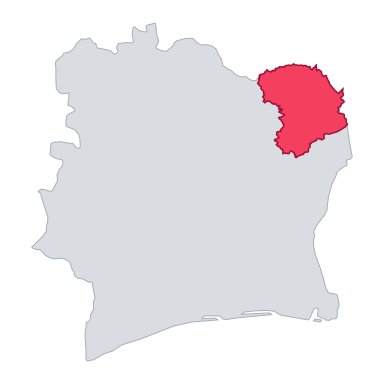 Bounkani, Zanzan, Ivory Coast (highlighted)
{"feature_id": "98640826B90856530326373", "entity_name": "Bounkani", "entity_type": "district", "adm_level": 2, "iso_a3": "CIV", "parent_name": "Ivory Coast", "parent_adm1": "Zanzan", "projection": "mercator", "projection_center": [-3.483, 9.078], "detail": "fine", "context": "in_parent", "style": "filled", "palette": "rose", "viewbox_px": 384, "rotation_deg": 0, "n_neighbors": 0, "source": "geoboundaries", "source_scale": "gbopen_adm2", "svg_char_len": 9170}
<svg xmlns="http://www.w3.org/2000/svg" viewBox="0 0 384 384"><path d="M64.0,53.0L65.6,53.0L69.6,51.8L73.3,49.1L76.7,43.4L81.3,38.9L86.5,39.2L88.1,38.4L89.9,38.2L92.1,41.2L94.3,43.5L95.8,43.6L97.0,47.9L106.5,49.7L110.6,50.9L114.0,54.0L115.2,54.1L116.6,53.4L117.7,52.3L118.0,51.1L116.5,48.3L117.1,45.7L118.7,43.4L121.1,43.3L124.8,42.7L129.0,42.6L132.2,43.1L133.4,40.8L132.2,34.4L132.6,30.8L133.1,27.9L134.2,26.7L138.9,30.4L143.2,31.7L146.3,31.9L147.2,31.2L145.9,27.1L146.2,25.8L147.4,25.1L149.4,24.7L154.9,23.0L155.5,23.4L156.5,29.8L156.0,31.9L157.2,36.3L158.6,40.3L158.5,42.0L157.3,44.5L155.9,46.8L156.1,47.8L158.3,49.3L162.4,50.9L166.8,51.3L169.2,49.0L171.7,47.0L173.5,45.3L174.1,42.8L176.8,40.9L184.7,38.6L191.9,38.2L193.6,39.0L196.9,42.5L201.1,45.0L207.4,44.7L211.9,46.1L215.9,48.8L218.6,54.9L221.5,59.2L222.7,65.4L227.3,68.7L230.9,70.2L235.8,74.7L240.8,77.0L246.0,76.5L248.5,78.8L252.3,80.5L256.2,80.6L259.6,75.4L264.2,73.4L275.6,69.2L280.1,67.3L284.7,66.1L295.7,65.8L305.9,67.0L311.0,68.0L314.5,67.3L317.8,69.8L321.2,74.9L324.0,76.6L326.8,78.4L328.9,82.5L331.4,86.5L332.8,88.3L335.9,92.3L338.5,92.4L341.1,90.7L342.2,89.4L342.7,92.0L341.7,96.3L341.9,98.9L343.3,99.9L342.6,103.4L339.5,109.2L339.5,112.6L342.5,113.6L344.7,117.3L345.9,123.5L347.2,125.6L347.3,126.9L349.5,141.9L352.2,157.0L350.5,159.0L348.1,159.6L346.6,160.3L346.2,161.7L347.2,163.7L346.5,165.6L343.6,166.9L337.3,171.7L336.8,173.6L335.1,177.7L333.7,180.2L331.7,184.8L328.4,197.0L327.2,207.1L327.0,210.3L325.7,212.4L324.2,215.6L317.3,224.2L313.8,231.3L314.3,234.4L314.4,237.5L313.4,239.7L313.6,245.7L314.5,250.7L315.7,255.6L320.7,269.5L323.3,277.9L324.9,284.7L326.3,289.2L327.7,291.1L328.2,292.8L335.6,294.1L337.1,295.1L339.1,303.9L338.7,307.9L337.3,309.4L337.3,312.8L337.0,317.0L335.9,318.7L331.8,318.9L328.9,320.5L325.2,319.9L324.9,318.8L322.9,318.4L317.4,316.1L318.3,308.4L315.7,308.1L313.7,309.1L309.8,318.3L308.0,319.9L280.5,315.1L274.5,311.3L267.4,310.4L254.9,310.9L244.6,312.0L241.7,314.3L267.6,313.0L270.4,313.2L271.7,314.6L238.9,317.7L226.4,319.5L222.7,319.0L219.9,316.0L206.3,315.7L203.5,316.6L201.8,318.8L207.2,318.3L215.6,318.2L217.9,319.9L191.5,322.0L173.1,326.2L165.4,329.3L139.8,339.3L124.2,344.1L120.1,345.8L113.0,350.8L103.9,353.9L93.7,359.7L87.4,361.0L86.0,359.1L85.9,349.3L85.0,336.2L85.3,331.2L86.2,326.4L86.2,322.5L89.3,321.0L90.1,319.4L90.6,314.3L93.5,309.6L93.5,301.6L94.4,299.9L95.1,297.7L93.8,292.4L92.2,282.4L91.4,281.7L90.7,282.1L89.1,282.3L82.6,278.9L77.7,278.3L74.2,275.3L74.0,271.9L72.3,269.9L71.1,266.0L69.4,261.6L64.5,258.9L59.9,258.2L56.6,258.8L52.8,258.6L48.4,257.1L45.4,255.4L42.5,252.1L39.9,249.5L37.8,249.9L35.2,249.2L32.6,248.1L31.8,247.1L42.4,236.7L46.1,231.6L46.4,228.5L46.5,225.3L47.6,222.1L47.9,217.2L42.1,199.3L40.6,193.8L39.0,192.1L38.0,191.5L40.9,189.2L45.0,189.8L51.3,191.6L52.7,189.8L57.5,180.8L57.3,177.4L56.9,175.1L59.6,168.9L61.9,166.5L63.0,163.9L62.6,160.4L61.0,159.1L58.8,159.3L56.1,158.5L52.1,156.4L50.1,154.6L50.7,146.5L51.1,143.9L52.5,142.5L54.7,142.1L60.9,141.8L66.0,142.7L70.4,143.3L72.8,143.3L74.7,145.7L77.2,148.2L79.5,148.2L80.3,146.3L79.8,138.2L78.3,134.0L74.9,129.8L66.1,126.3L65.9,121.4L66.8,116.1L68.7,114.1L75.2,110.7L74.0,108.9L72.0,106.9L67.8,105.0L68.8,98.6L69.0,92.8L65.5,93.5L61.9,93.8L58.9,92.1L56.3,88.6L55.9,79.1L55.9,68.0L55.4,63.1L56.3,60.5L59.4,58.1L62.8,55.0L64.0,53.0ZM321.7,320.0L320.2,322.1L313.3,320.7L314.9,319.0L321.7,320.0Z" fill="#d9dde1" stroke="#a8b0b8" stroke-width="1"/><path d="M345.9,126.4L345.7,126.1L345.8,125.5L347.3,124.6L347.4,124.3L346.7,122.8L346.1,121.8L346.1,121.2L346.4,119.8L346.3,119.4L345.8,118.8L344.8,118.4L344.5,118.0L344.4,117.1L344.2,116.2L344.3,115.0L344.1,114.5L343.9,114.3L343.5,114.1L341.7,113.7L341.0,113.4L339.8,113.5L339.0,113.4L338.2,112.8L337.8,112.3L337.7,112.0L337.7,111.7L338.4,111.1L338.7,110.3L338.4,108.7L338.0,107.9L338.0,107.5L338.6,107.1L339.6,106.9L340.2,106.6L340.8,105.6L341.0,104.4L341.2,104.1L342.0,103.4L342.3,103.0L343.1,102.7L343.7,102.4L344.1,101.7L344.0,101.2L343.0,100.1L342.7,100.0L341.7,99.9L341.1,99.4L340.9,98.9L340.7,98.0L340.7,97.6L340.9,97.4L341.8,96.9L342.0,96.5L342.6,96.2L343.0,95.8L343.3,94.8L343.2,93.4L342.6,92.6L342.5,91.9L342.6,90.9L342.8,89.9L342.9,89.0L340.6,91.3L338.9,93.3L337.3,92.6L335.9,91.3L335.3,90.9L329.6,84.1L329.1,81.8L328.0,80.3L327.4,78.8L326.4,76.4L326.2,75.6L325.7,75.5L324.3,75.9L323.8,76.4L323.3,76.4L321.6,73.9L321.6,71.9L321.4,71.7L320.3,70.8L318.9,69.8L318.6,69.7L318.3,69.7L317.1,70.6L316.7,70.5L316.6,69.3L316.3,68.1L316.4,66.9L316.4,66.3L316.4,65.3L316.4,65.0L315.9,65.3L315.2,66.6L314.9,67.0L314.1,67.4L313.4,68.4L312.5,69.1L312.2,69.6L312.1,69.9L311.7,69.7L311.5,69.4L310.5,68.9L309.9,68.6L310.1,66.7L309.9,66.5L309.1,66.8L308.0,66.8L307.2,66.7L306.5,65.8L305.9,65.6L304.8,65.5L304.3,65.6L303.7,66.0L303.5,65.8L301.7,65.1L301.3,65.3L300.7,65.3L299.8,65.3L298.3,65.3L296.8,65.0L295.1,65.0L294.0,64.0L293.3,64.0L293.0,64.1L291.8,65.3L291.0,65.5L290.6,65.6L289.8,65.2L289.1,65.1L287.0,65.4L285.7,65.6L285.4,65.8L284.3,67.3L283.3,66.8L282.6,67.1L281.2,66.9L280.2,66.9L279.4,66.7L279.0,67.2L278.6,68.0L278.0,68.0L277.4,68.4L276.5,68.4L276.1,68.2L275.6,68.6L275.4,68.9L275.4,69.4L275.2,69.7L275.2,70.0L275.5,70.2L275.3,70.6L275.1,70.6L274.3,70.8L274.0,70.6L273.7,70.6L272.6,70.5L272.2,70.8L271.7,71.6L271.4,71.9L268.9,71.4L267.5,70.3L267.2,69.9L266.8,69.9L266.2,71.2L265.9,71.5L265.1,71.7L264.2,73.3L263.6,73.8L263.2,73.9L260.9,74.3L260.3,74.9L259.8,74.8L259.6,75.4L259.4,75.6L259.3,75.8L259.5,75.9L260.0,75.9L260.1,76.1L259.6,76.5L259.8,77.0L259.7,77.2L259.5,77.6L259.6,78.1L259.4,78.2L259.1,78.1L258.9,78.3L259.3,78.5L259.4,78.8L258.8,79.3L258.9,79.6L258.8,80.1L258.9,81.0L258.4,82.0L258.0,82.6L257.6,83.0L257.6,83.3L258.0,83.6L259.2,85.3L259.8,85.6L260.3,86.2L261.0,86.4L261.1,87.1L260.9,88.3L261.0,88.6L261.4,89.0L261.5,89.5L262.1,89.8L262.5,90.3L263.3,90.6L263.6,91.0L263.4,92.9L263.6,93.4L264.0,93.4L264.2,93.5L264.4,93.7L264.4,94.1L263.9,94.7L263.9,95.6L263.5,96.1L262.9,96.3L262.7,96.6L263.9,98.5L264.6,99.3L264.8,99.7L264.8,99.8L264.3,100.2L263.7,100.4L263.5,100.6L263.3,101.1L263.4,101.4L263.6,101.7L264.1,101.9L264.6,102.5L264.9,102.8L265.2,102.7L265.3,102.4L266.1,101.8L266.5,101.6L267.2,101.0L268.7,101.4L269.3,101.2L269.9,101.3L270.1,101.5L270.3,102.0L270.6,102.3L271.2,102.3L271.6,103.0L272.3,103.7L272.6,103.7L272.9,103.5L273.1,103.5L273.6,103.8L273.6,104.1L274.0,104.2L274.4,104.0L275.9,104.0L276.2,104.3L276.1,104.5L276.4,105.0L276.7,105.4L277.2,105.9L277.9,105.9L278.5,106.0L279.4,105.7L279.8,105.8L278.8,107.0L278.5,107.4L278.6,107.9L278.6,108.2L278.8,109.1L279.6,109.4L280.2,109.3L280.6,109.1L280.8,108.7L281.1,108.7L281.7,108.5L281.9,108.9L281.8,109.3L282.0,110.1L282.0,110.4L281.8,110.8L281.5,110.9L281.1,110.5L280.9,109.9L280.4,109.6L280.0,109.7L279.7,110.2L279.7,111.5L279.0,111.7L278.8,111.9L279.2,112.3L279.8,112.4L280.3,112.3L280.7,112.9L281.0,113.0L281.4,113.6L281.6,113.7L282.5,113.6L283.3,113.9L283.6,114.2L284.2,114.5L284.4,114.9L284.5,115.1L284.2,115.4L283.3,115.8L282.7,116.3L281.9,116.3L281.0,117.5L280.5,117.4L279.9,117.1L278.7,117.6L279.3,118.9L279.9,119.2L280.8,119.5L281.2,120.2L281.3,121.2L282.2,121.6L282.7,122.3L282.9,123.9L283.9,124.3L283.6,126.5L280.9,129.4L280.4,131.0L280.8,131.1L280.9,131.3L279.5,131.2L279.1,131.4L278.5,131.8L278.2,131.9L277.5,131.8L277.2,131.9L276.8,132.3L276.7,132.9L276.7,133.8L276.6,134.7L278.0,135.9L278.2,136.5L278.6,136.8L278.9,137.5L278.0,137.9L277.4,138.3L276.7,139.0L275.3,139.2L275.0,139.3L274.6,139.6L274.5,140.2L274.6,140.8L274.9,141.0L276.4,141.3L276.6,141.4L277.3,141.7L277.5,142.0L277.6,142.7L277.2,143.0L277.1,143.3L277.0,144.2L276.8,144.4L276.4,144.5L276.5,144.7L276.8,144.9L277.2,145.7L277.9,146.2L278.8,146.7L279.9,146.9L280.1,147.2L280.3,148.3L280.5,148.6L281.6,149.2L282.3,149.2L282.4,149.3L282.4,150.4L282.5,150.5L283.1,150.7L282.9,151.5L283.0,152.1L282.8,152.7L283.0,153.6L283.3,153.4L284.5,153.4L284.9,153.0L285.6,153.2L287.1,153.4L287.4,153.6L288.7,153.7L289.4,153.2L289.5,152.9L289.7,152.3L290.9,151.0L291.4,150.9L292.1,151.1L292.6,151.8L293.1,152.1L293.2,152.4L293.7,152.5L293.9,152.6L294.1,153.0L294.1,153.5L294.4,153.6L294.5,154.0L294.8,154.3L295.1,154.6L294.8,155.3L295.1,155.7L295.0,156.1L295.0,156.3L295.7,157.4L295.9,157.6L296.3,157.6L296.9,157.2L297.0,156.9L296.9,156.6L297.3,156.3L297.7,156.3L298.3,155.9L298.9,155.9L300.4,155.2L300.7,155.0L300.9,154.9L301.3,155.0L301.5,154.8L302.0,154.8L302.8,154.2L303.1,154.3L303.4,154.3L303.6,154.0L303.8,153.4L304.0,153.3L304.2,152.8L304.5,152.6L304.6,152.3L304.8,152.2L306.4,152.1L307.1,152.2L308.1,151.8L308.5,150.6L308.5,150.3L308.4,150.0L308.7,148.4L309.8,147.4L310.2,146.1L310.0,144.9L309.5,144.6L309.3,144.0L309.7,144.0L310.2,144.0L310.9,143.6L311.4,142.9L311.5,142.6L311.9,142.4L312.6,142.1L313.1,142.1L313.4,141.9L313.8,141.5L314.8,141.0L315.8,140.9L316.1,140.7L316.5,140.3L316.4,139.5L316.5,139.3L317.4,138.6L318.9,138.7L319.3,138.9L319.9,139.0L320.5,139.4L321.4,139.3L321.6,139.5L321.9,139.8L322.2,139.7L323.7,138.8L324.4,138.1L324.0,137.3L323.8,136.3L324.1,135.8L323.8,135.5L323.9,134.6L324.0,134.5L324.3,134.5L325.2,133.7L325.9,133.7L326.3,133.8L326.7,133.7L327.5,134.0L329.4,134.1L337.3,131.7L341.1,129.5L345.9,126.4Z" fill="#f43f5e" stroke="#9f1239" stroke-width="1.5"/></svg>